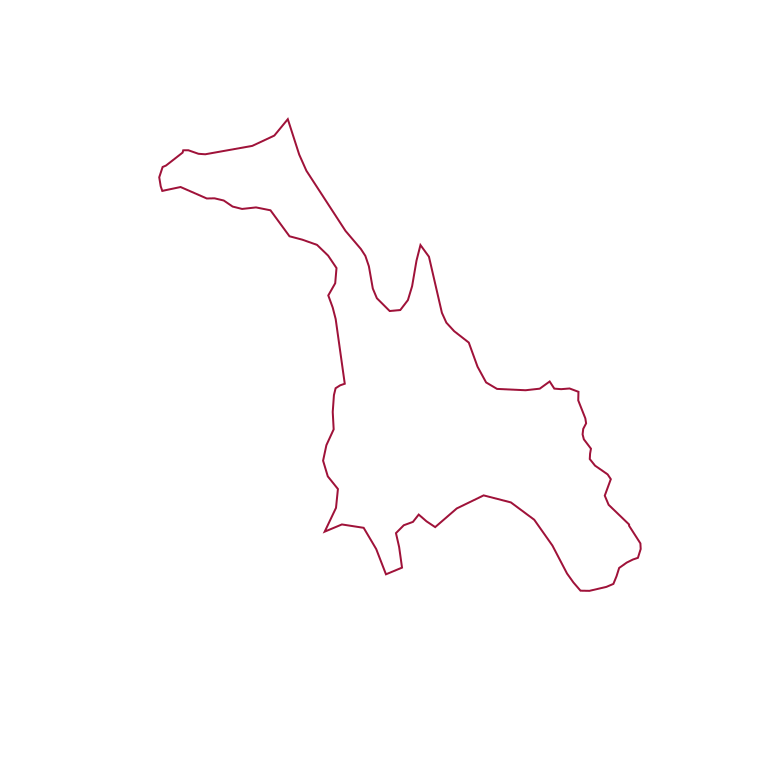 map outline of Muyinga (Robinson projection), rotated 307°
{"feature_id": "BDI-2644", "entity_name": "Muyinga", "entity_type": "Province", "adm_level": 1, "iso_a3": "BDI", "parent_name": "Burundi", "parent_adm1": "", "projection": "robinson", "projection_center": [30.357, -2.724], "detail": "fine", "context": "isolated", "style": "outline", "palette": "rose", "viewbox_px": 768, "rotation_deg": 307, "n_neighbors": 0, "source": "natural_earth", "source_scale": "10m", "svg_char_len": 1584}
<svg xmlns="http://www.w3.org/2000/svg" viewBox="0 0 768 768"><g transform="rotate(307 384 384)"><path d="M424.1,76.6L427.2,78.4L447.6,83.9L449.8,83.0L452.9,87.0L456.2,97.3L459.9,103.0L494.9,135.5L516.4,146.9L537.6,147.8L516.2,178.2L507.6,193.7L483.1,261.1L477.9,284.3L475.1,292.0L468.9,301.1L453.5,317.6L448.2,326.7L445.7,344.6L452.9,352.5L465.4,352.6L479.0,347.6L502.1,335.7L516.9,329.5L512.7,343.3L475.7,387.4L470.5,396.9L468.4,408.3L468.1,426.8L454.1,448.3L446.7,464.6L448.1,477.2L464.2,500.8L474.0,511.2L485.7,514.8L482.8,522.8L486.5,528.6L492.1,534.9L494.8,544.0L494.5,544.2L487.8,549.0L477.7,565.5L474.2,569.1L468.1,570.1L463.3,572.9L460.1,576.9L456.9,588.2L452.4,590.5L447.9,593.5L445.8,601.7L446.4,617.0L444.5,622.4L427.7,627.5L422.7,636.1L419.3,664.3L418.3,665.0L411.0,684.7L406.7,688.3L398.0,691.4L393.6,688.4L387.4,685.3L378.6,682.5L370.4,685.4L362.4,687.5L355.8,683.7L342.4,672.5L337.2,665.3L339.5,654.7L342.8,644.2L356.3,615.8L366.0,585.7L365.8,556.6L355.0,530.6L328.4,517.0L300.5,511.0L299.9,500.6L300.6,490.3L291.3,490.1L283.1,484.8L272.1,483.3L262.9,494.2L248.2,508.9L233.2,500.1L247.5,477.1L256.9,454.3L246.5,434.9L230.4,425.5L256.2,420.2L272.4,410.4L276.4,394.7L286.1,381.5L300.5,374.8L317.5,371.1L330.8,359.9L345.0,350.7L351.5,347.9L356.6,349.8L360.6,352.5L406.8,306.3L414.2,297.0L421.2,286.2L435.1,284.4L448.0,276.3L452.9,262.1L454.8,246.8L450.1,231.9L445.1,219.6L454.4,188.8L448.0,175.5L438.4,165.3L434.6,156.3L434.1,145.6L430.3,136.9L425.5,130.8L418.9,103.0L404.8,90.7L407.5,86.7L413.8,80.1L424.1,76.6Z" fill="none" stroke="#9f1239" stroke-width="2"/></g></svg>